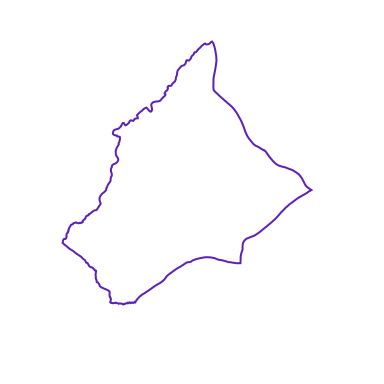 outline of Kuleaen, Preah Vihéar, Cambodia, rotated 33°
{"feature_id": "14789045B31291956543174", "entity_name": "Kuleaen", "entity_type": "district", "adm_level": 2, "iso_a3": "KHM", "parent_name": "Cambodia", "parent_adm1": "Preah Vihéar", "projection": "equal_earth", "projection_center": [104.523, 13.796], "detail": "fine", "context": "isolated", "style": "outline", "palette": "violet", "viewbox_px": 384, "rotation_deg": 33, "n_neighbors": 0, "source": "geoboundaries", "source_scale": "gbopen_adm2", "svg_char_len": 6045}
<svg xmlns="http://www.w3.org/2000/svg" viewBox="0 0 384 384"><g transform="rotate(33 192 192)"><path d="M126.9,54.9L126.3,55.9L125.9,58.0L125.0,59.4L123.5,60.5L122.7,60.5L122.3,60.3L121.9,60.8L121.5,61.2L121.3,62.1L120.6,63.9L120.5,64.2L120.3,66.2L120.1,66.5L120.1,67.0L119.8,67.7L119.8,68.1L119.6,68.5L119.6,69.2L119.4,69.5L119.5,69.9L119.3,70.4L119.4,71.0L119.2,72.3L119.1,72.6L118.8,72.9L118.3,73.2L118.1,73.6L118.4,75.9L117.9,77.7L117.8,78.7L117.9,79.4L118.2,80.0L118.3,80.6L118.2,81.2L117.9,83.4L116.6,84.1L116.0,84.2L115.8,84.5L115.7,84.7L116.6,87.9L116.5,89.1L116.1,90.2L114.9,91.6L114.5,92.5L113.8,97.8L114.4,99.6L115.8,102.5L115.9,102.8L115.9,103.7L116.2,104.8L117.1,106.5L117.4,108.5L117.4,109.0L117.1,109.5L117.0,110.4L116.8,110.8L116.6,112.9L116.7,113.7L116.6,114.4L116.2,114.7L114.7,115.6L114.5,115.9L114.4,117.0L114.5,117.5L115.0,117.7L115.3,118.0L115.5,118.7L115.6,119.6L115.9,120.1L115.1,122.0L115.1,122.4L115.2,123.3L115.2,123.9L115.4,124.3L115.9,124.2L116.5,124.4L116.8,125.1L116.9,125.7L115.9,129.9L115.7,132.1L115.3,133.3L114.4,134.3L111.8,136.4L110.9,137.4L110.3,138.5L110.1,140.0L110.1,140.3L110.4,141.2L113.5,144.4L113.8,145.2L114.0,146.1L113.9,146.6L113.6,147.1L113.2,147.3L111.2,147.0L108.8,146.2L107.7,146.1L106.8,147.5L106.2,149.0L105.7,151.3L104.8,153.6L104.1,157.3L104.1,157.7L105.7,158.7L106.4,159.7L105.8,160.1L104.2,161.7L104.2,162.3L104.0,162.7L104.2,163.5L103.9,164.4L102.1,165.0L101.5,165.3L101.1,166.7L101.4,168.1L101.2,169.3L100.6,171.2L100.2,172.0L99.9,172.3L99.6,172.3L99.1,172.2L97.2,171.3L96.5,171.8L96.4,172.1L96.3,172.9L96.5,174.3L96.6,176.1L96.1,178.1L95.8,178.9L95.5,179.3L93.5,181.7L93.0,182.6L92.9,183.1L93.0,184.1L93.5,185.6L94.0,186.3L94.9,186.6L95.5,186.6L96.5,186.4L98.3,185.6L98.9,186.0L99.3,186.0L100.6,185.3L101.2,185.2L101.6,185.2L101.9,185.5L102.8,186.9L103.0,187.8L103.5,188.7L103.7,189.3L103.9,191.0L104.6,191.9L104.7,192.4L104.7,193.9L104.9,196.4L105.6,199.0L106.6,200.6L107.7,201.9L108.9,202.9L110.5,203.5L111.9,204.3L112.2,204.6L112.6,205.2L112.9,206.1L112.9,208.2L112.2,209.9L111.6,210.6L110.8,212.1L110.5,212.8L110.8,214.3L111.2,214.9L111.4,216.3L111.8,217.5L113.0,219.0L113.8,219.5L115.0,220.7L115.3,221.1L115.9,222.2L115.9,223.6L116.1,224.1L117.6,227.2L117.7,227.8L117.6,230.2L117.5,231.5L117.9,233.6L118.2,235.9L118.7,236.5L118.9,236.9L118.9,237.4L118.5,239.8L117.8,241.6L117.5,242.9L117.3,244.9L117.5,246.5L118.0,247.9L118.8,249.1L121.6,251.4L121.8,251.8L121.8,258.8L121.7,259.1L121.4,259.5L120.4,260.4L119.7,261.4L118.6,264.7L118.5,265.4L118.2,265.9L117.7,266.3L117.6,266.6L117.9,267.3L117.7,268.1L117.3,268.6L117.0,268.7L116.9,269.1L116.7,269.5L116.5,270.1L116.5,270.7L116.6,271.2L116.9,272.0L116.8,273.3L116.3,274.6L116.2,275.1L116.1,275.7L116.3,276.3L116.5,276.4L116.3,277.0L116.5,277.1L116.2,277.6L116.2,277.9L115.5,278.4L115.3,278.9L114.6,279.1L114.2,279.8L113.9,280.0L112.5,280.6L111.6,280.6L111.0,280.9L110.4,282.0L109.6,282.7L109.6,283.7L109.4,283.8L109.1,284.6L108.4,285.4L108.6,287.5L108.4,288.3L109.0,290.4L109.1,291.5L109.3,291.8L109.6,291.9L109.8,292.4L109.6,293.1L110.0,293.6L109.9,294.1L109.7,294.6L109.8,295.7L110.4,296.9L110.9,297.3L111.6,299.1L111.6,299.8L111.4,300.3L110.5,301.0L110.3,301.0L110.2,301.2L110.1,302.0L110.4,303.3L111.0,304.4L111.2,305.2L120.2,306.3L124.3,306.2L127.8,306.6L134.1,306.7L137.4,307.4L139.5,307.5L141.8,308.9L142.1,308.8L142.7,308.4L142.9,308.4L146.2,310.1L147.8,310.3L149.0,309.7L149.9,309.7L151.6,310.1L152.3,310.1L153.0,310.6L153.3,310.6L154.0,310.3L154.3,310.3L154.7,310.6L154.9,311.5L155.6,312.4L156.0,313.7L157.6,315.5L158.0,316.5L158.9,317.1L159.2,317.5L160.0,318.0L161.1,319.4L161.3,319.5L162.3,319.1L162.7,319.2L164.6,320.0L165.9,321.1L167.3,321.3L169.6,321.1L174.8,320.2L176.9,320.3L177.5,320.8L178.4,322.5L179.4,324.0L179.8,324.4L180.2,324.3L180.4,324.5L180.6,325.0L181.8,325.4L182.3,325.9L182.4,326.3L182.6,326.5L183.0,327.5L183.2,327.9L183.2,328.6L183.4,329.0L183.6,329.1L184.3,329.0L184.6,329.1L185.1,328.8L185.7,328.7L185.9,328.4L186.2,328.2L186.6,328.1L187.0,327.5L188.0,327.0L188.2,326.4L188.8,326.3L189.1,326.1L189.4,326.0L189.7,326.1L190.8,325.6L191.2,325.5L191.4,325.6L192.1,324.8L193.7,324.0L194.3,323.8L195.6,323.8L195.8,323.5L195.9,322.8L196.1,322.7L196.3,322.9L196.7,322.5L197.1,321.5L197.4,321.2L198.1,320.6L198.4,319.9L199.0,320.2L199.3,319.8L199.1,319.5L199.4,319.1L199.6,319.3L199.7,319.2L199.9,318.7L200.1,318.5L200.4,318.4L201.1,318.6L201.3,318.2L201.8,317.7L201.8,317.4L202.5,317.1L202.9,317.2L203.5,316.8L203.6,316.5L203.4,316.2L203.8,315.8L203.9,315.2L204.5,315.3L204.4,312.7L204.6,310.9L205.1,308.1L206.1,305.1L207.0,303.4L208.2,300.5L208.9,299.1L212.1,291.0L212.8,289.4L214.1,287.0L215.5,284.1L216.5,280.4L216.7,276.5L217.1,274.8L217.6,273.3L220.7,265.2L223.0,260.7L224.3,257.8L225.9,254.1L226.3,253.5L227.9,252.4L228.5,251.8L229.1,251.0L229.7,249.2L232.1,246.0L235.3,242.6L238.3,239.8L239.6,238.8L243.2,236.7L246.9,235.2L250.9,234.4L252.1,233.9L255.1,232.6L258.9,231.4L260.5,231.1L262.3,230.1L267.9,227.6L271.4,225.3L269.3,221.7L268.1,219.9L267.1,217.6L266.4,215.4L265.8,212.8L264.4,210.7L263.1,208.3L262.6,207.0L262.4,205.7L262.4,204.3L262.9,202.2L263.5,200.9L267.9,194.9L269.4,191.7L270.8,188.1L274.0,178.1L275.1,174.5L276.5,169.2L277.2,165.4L277.8,160.4L278.3,158.4L279.1,154.3L280.4,149.5L284.1,139.5L284.6,138.4L286.5,134.8L289.0,130.0L289.5,128.3L291.1,125.3L286.9,125.2L284.5,124.8L282.6,124.1L280.7,122.9L276.4,120.5L272.0,119.0L268.0,118.8L264.3,118.9L260.9,119.7L258.4,120.2L256.2,120.7L254.3,121.5L250.7,122.5L249.5,122.7L247.5,122.7L245.3,122.4L242.9,121.9L237.1,120.1L232.5,118.2L231.4,117.9L229.3,117.6L229.2,118.0L222.7,118.1L220.6,118.5L219.1,118.5L217.3,118.3L211.1,116.3L208.2,115.1L203.6,112.2L200.1,109.4L194.4,105.5L187.2,101.7L185.2,100.8L181.3,99.4L179.1,98.8L177.1,98.5L163.0,96.5L159.8,95.8L157.9,95.6L154.7,94.8L152.8,92.4L152.4,91.7L150.1,88.1L148.5,85.5L147.3,83.0L144.8,76.7L143.0,72.7L142.0,70.7L141.6,69.8L141.4,69.2L141.1,68.7L138.2,64.7L135.7,62.0L134.9,61.0L132.1,58.3L130.1,56.6L128.9,55.7L126.9,54.9Z" fill="none" stroke="#5b21b6" stroke-width="2"/></g></svg>